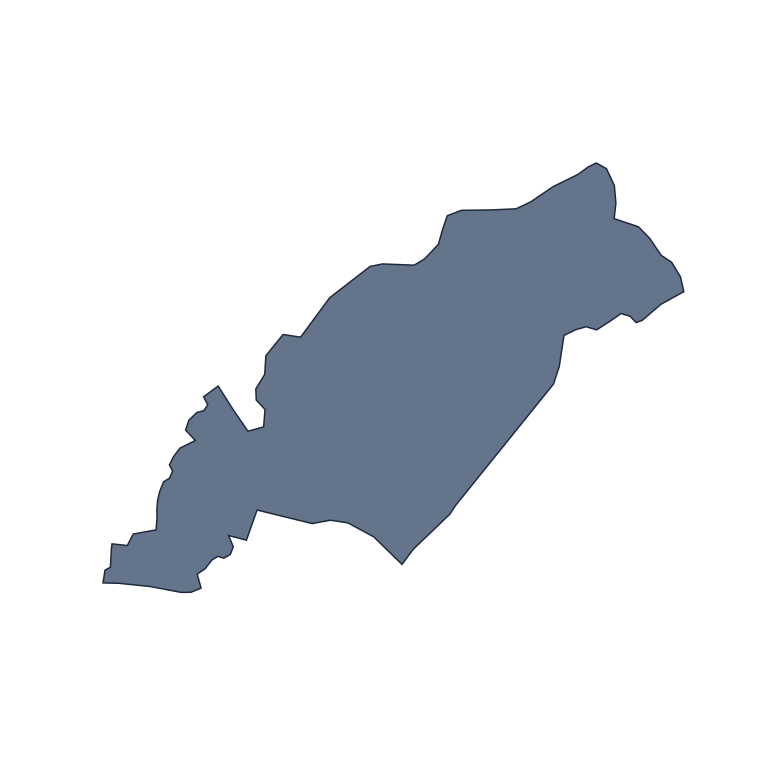 outline of Mirzo Ulugbek, Tashkent, Uzbekistan, rotated 350°
{"feature_id": "79887680B41064680481751", "entity_name": "Mirzo Ulugbek", "entity_type": "district", "adm_level": 2, "iso_a3": "UZB", "parent_name": "Uzbekistan", "parent_adm1": "Tashkent", "projection": "robinson", "projection_center": [69.307, 41.302], "detail": "fine", "context": "isolated", "style": "filled", "palette": "slate", "viewbox_px": 768, "rotation_deg": 350, "n_neighbors": 0, "source": "geoboundaries", "source_scale": "gbopen_adm2", "svg_char_len": 1352}
<svg xmlns="http://www.w3.org/2000/svg" viewBox="0 0 768 768"><g transform="rotate(350 384 384)"><path d="M72.7,531.1L88.2,534.2L118.4,542.8L148.0,554.0L157.8,555.6L168.4,553.2L167.0,538.7L175.6,535.0L184.1,527.4L190.4,524.9L196.0,527.7L203.0,525.2L207.3,518.1L204.6,506.2L221.4,513.9L237.1,486.1L289.1,509.0L307.4,508.8L324.3,514.5L347.4,532.8L370.4,564.8L383.9,552.0L426.3,523.6L433.4,516.0L551.0,413.4L559.6,397.3L564.0,384.3L569.7,367.4L582.4,363.8L593.0,362.7L602.8,367.6L617.6,361.4L629.6,355.8L638.1,360.0L643.0,367.3L649.3,366.2L670.5,353.6L695.3,345.1L694.6,330.0L688.4,314.1L679.3,305.4L671.0,286.8L661.9,273.4L639.4,261.1L643.8,246.1L645.3,228.4L640.5,210.6L631.4,203.2L623.0,205.6L611.6,211.2L584.8,219.0L560.1,230.1L544.5,234.4L519.2,231.1L490.3,226.4L475.5,229.3L468.4,242.2L461.9,255.8L445.6,267.9L434.3,272.2L403.4,265.5L390.7,265.8L345.5,289.6L310.0,323.4L293.2,317.7L272.6,335.6L268.2,353.8L256.9,366.6L255.4,377.7L262.4,388.4L258.0,405.3L241.8,406.9L230.7,382.4L220.3,357.2L204.1,365.3L206.8,373.9L201.9,379.0L194.8,379.5L185.6,385.8L180.6,394.9L188.3,406.9L172.0,411.7L164.3,418.8L158.6,426.4L160.7,433.1L156.4,439.5L150.0,442.0L144.4,451.0L140.8,459.4L138.6,467.9L137.2,476.4L134.2,488.1L111.0,488.2L103.2,498.5L88.4,494.2L87.0,498.7L82.7,517.0L77.0,518.8L72.7,531.1Z" fill="#64748b" stroke="#1e293b" stroke-width="1.5"/></g></svg>